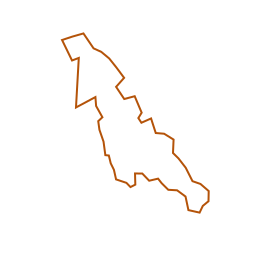 Uchkuprik, Ferghana, Uzbekistan, rotated 149°
{"feature_id": "79887680B70026965799334", "entity_name": "Uchkuprik", "entity_type": "district", "adm_level": 2, "iso_a3": "UZB", "parent_name": "Uzbekistan", "parent_adm1": "Ferghana", "projection": "robinson", "projection_center": [71.019, 40.509], "detail": "fine", "context": "isolated", "style": "outline", "palette": "amber", "viewbox_px": 256, "rotation_deg": 149, "n_neighbors": 0, "source": "geoboundaries", "source_scale": "gbopen_adm2", "svg_char_len": 797}
<svg xmlns="http://www.w3.org/2000/svg" viewBox="0 0 256 256"><g transform="rotate(149 128 128)"><path d="M161.4,116.4L158.6,114.3L161.0,106.6L161.6,99.4L164.7,90.1L157.6,81.8L156.3,76.1L150.9,75.7L145.4,85.4L139.2,81.6L137.0,71.9L128.3,69.1L127.6,63.4L125.3,54.3L118.0,49.3L114.0,39.6L118.5,26.5L110.2,18.6L104.0,22.7L96.7,23.8L91.3,32.4L94.7,42.7L100.1,49.2L99.0,64.2L100.4,76.0L102.3,83.4L94.9,94.6L100.0,104.5L106.8,109.4L104.1,121.0L103.3,124.3L113.8,125.6L114.0,131.2L108.4,134.1L105.9,151.8L116.3,154.8L117.0,169.4L105.5,173.0L106.8,186.0L108.3,197.3L111.7,207.0L116.5,214.0L117.5,232.0L128.6,235.0L139.2,237.4L141.2,214.7L134.1,213.4L162.0,172.4L140.0,171.3L144.0,163.3L144.4,150.4L150.0,149.2L153.4,141.2L156.0,128.9L161.4,116.4Z" fill="none" stroke="#b45309" stroke-width="2"/></g></svg>